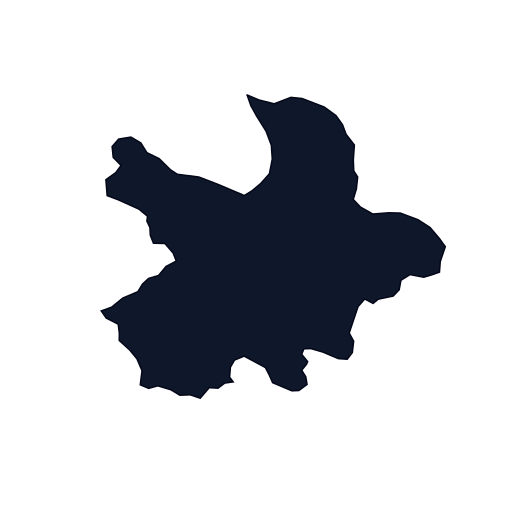 the district of Nybro, Kalmar, Sweden, rotated 23°
{"feature_id": "70781695B56315309655935", "entity_name": "Nybro", "entity_type": "district", "adm_level": 2, "iso_a3": "SWE", "parent_name": "Sweden", "parent_adm1": "Kalmar", "projection": "robinson", "projection_center": [15.892, 56.861], "detail": "fine", "context": "isolated", "style": "filled", "palette": "ink", "viewbox_px": 512, "rotation_deg": 23, "n_neighbors": 0, "source": "geoboundaries", "source_scale": "gbopen_adm2", "svg_char_len": 1645}
<svg xmlns="http://www.w3.org/2000/svg" viewBox="0 0 512 512"><g transform="rotate(23 256 256)"><path d="M431.2,199.2L427.8,189.1L426.6,173.4L423.5,171.6L418.3,168.4L405.2,161.8L391.0,159.3L372.0,160.1L361.4,164.3L347.1,171.7L332.9,170.1L323.4,165.9L322.2,155.1L318.7,143.5L312.7,139.4L308.0,129.4L303.2,115.4L291.4,108.8L284.3,101.3L274.8,95.5L260.6,92.2L236.9,93.0L226.2,96.3L213.2,108.8L197.8,111.2L184.4,111.2L185.2,111.6L192.5,119.6L201.8,126.9L216.4,137.1L226.8,148.0L233.1,160.4L236.2,175.0L232.0,187.4L226.8,197.6L221.6,204.9L205.9,204.9L193.4,204.9L172.6,205.6L151.7,211.5L143.4,210.0L128.8,204.2L115.2,203.5L105.8,196.9L94.4,195.4L83.9,202.0L80.8,211.5L81.1,212.0L86.0,221.0L96.4,225.4L94.3,234.1L88.0,244.4L95.4,258.6L106.9,258.1L129.9,258.6L140.6,261.8L141.9,266.5L147.2,271.2L150.6,278.2L156.6,284.3L167.3,280.1L178.6,285.7L184.6,291.8L177.3,300.7L173.9,312.0L165.9,318.6L162.5,326.1L161.2,335.0L149.8,346.8L143.1,359.5L135.0,367.0L142.4,371.7L155.8,372.6L160.4,380.6L163.1,387.2L176.5,391.9L186.5,397.1L195.9,406.1L199.8,419.8L208.9,419.8L216.3,413.9L229.8,412.4L240.3,413.9L249.7,409.5L260.2,408.7L264.4,395.5L272.7,392.5L276.9,385.2L284.2,380.8L279.0,377.8L275.9,368.3L276.9,360.2L284.2,352.8L308.2,355.0L314.5,360.2L320.8,366.1L341.7,366.1L348.0,363.1L353.2,354.3L349.0,347.7L342.7,343.3L344.8,336.0L344.8,333.0L336.4,328.6L336.4,322.7L342.7,319.8L355.2,318.3L371.9,318.3L380.3,315.4L382.4,307.3L379.2,296.3L371.9,290.5L369.7,262.7L372.9,253.1L382.3,253.9L385.4,248.0L393.7,242.2L397.9,239.3L401.0,231.2L398.9,221.7L405.1,212.9L418.7,210.0L424.9,204.9L431.2,199.2Z" fill="#0f172a" stroke="#020617" stroke-width="1.5"/></g></svg>